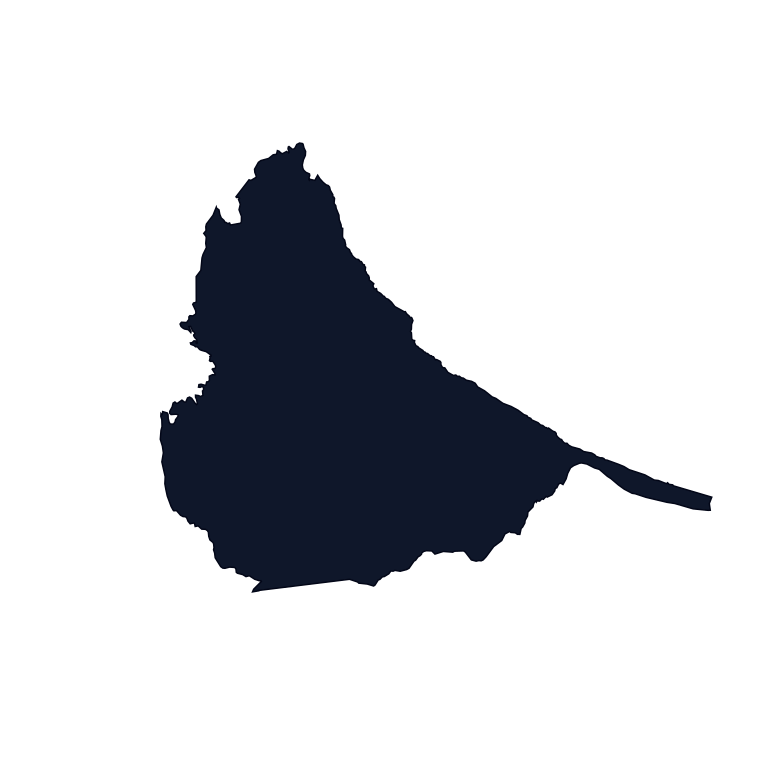 Ludewa, Njombe, United Republic of Tanzania, rotated 154°
{"feature_id": "72390352B43391507115191", "entity_name": "Ludewa", "entity_type": "district", "adm_level": 2, "iso_a3": "TZA", "parent_name": "United Republic of Tanzania", "parent_adm1": "Njombe", "projection": "natural_earth1", "projection_center": [34.61, -10.023], "detail": "fine", "context": "isolated", "style": "filled", "palette": "ink", "viewbox_px": 768, "rotation_deg": 154, "n_neighbors": 0, "source": "geoboundaries", "source_scale": "gbopen_adm2", "svg_char_len": 6171}
<svg xmlns="http://www.w3.org/2000/svg" viewBox="0 0 768 768"><g transform="rotate(154 384 384)"><path d="M139.0,138.6L168.6,165.7L168.7,166.8L171.7,168.8L172.4,170.9L173.3,170.5L174.8,171.6L179.7,177.0L183.2,179.2L189.3,187.9L201.3,199.6L204.5,204.6L208.5,209.1L217.0,217.9L218.5,218.7L219.1,220.7L220.4,222.1L222.1,222.9L225.1,226.0L225.6,227.9L227.6,230.9L234.2,235.8L236.5,239.7L242.8,245.2L244.8,248.0L245.5,250.5L247.6,251.5L248.6,254.4L248.7,256.2L250.0,257.5L251.2,260.5L251.5,262.5L250.9,264.2L251.3,265.9L253.0,267.7L255.4,272.3L256.6,272.2L257.0,273.5L258.1,274.1L259.5,277.1L261.3,278.6L262.5,281.7L266.9,286.9L267.2,288.8L269.3,291.2L269.4,292.8L271.7,295.2L274.9,301.5L279.6,308.1L285.6,314.5L289.8,322.1L292.4,324.9L296.6,333.8L301.1,340.3L301.7,344.7L304.1,348.0L308.4,351.4L310.1,354.5L311.7,355.6L312.9,358.0L314.6,358.6L315.5,360.6L317.9,361.3L321.5,366.5L322.3,371.9L323.6,372.6L324.3,373.9L324.3,376.6L323.4,378.5L323.6,379.8L326.0,382.9L327.2,383.2L327.6,386.8L328.9,387.6L328.9,388.5L330.4,389.6L331.4,392.2L333.1,393.7L333.1,394.6L334.3,395.7L334.3,397.0L336.9,401.3L337.2,402.8L338.5,404.4L338.5,408.0L337.4,409.6L338.9,410.8L339.3,412.3L336.9,418.0L337.2,419.7L335.4,421.2L333.1,425.5L330.2,428.3L330.0,431.2L330.2,431.8L331.5,432.1L331.4,433.6L332.9,437.3L333.1,439.7L334.1,440.0L340.3,448.8L341.4,454.2L343.0,458.2L345.0,460.4L345.3,462.6L346.0,463.0L347.3,466.9L349.6,470.3L349.0,473.0L350.8,473.4L351.0,474.0L351.0,477.0L349.2,478.6L351.7,484.1L350.7,485.9L350.4,487.9L351.3,490.9L351.0,492.7L351.4,493.8L349.4,497.1L349.9,498.2L349.4,499.7L350.4,500.4L350.7,503.9L351.7,504.6L352.3,507.0L354.4,508.6L355.9,512.1L356.3,514.7L356.0,515.6L356.5,516.9L356.2,519.9L357.8,522.8L358.3,525.2L357.5,525.7L356.3,530.6L357.0,532.8L356.6,534.8L352.9,542.0L353.9,543.0L352.8,545.9L352.2,551.4L350.5,555.5L350.0,562.8L349.2,565.4L349.7,568.2L347.1,572.5L347.2,574.1L348.0,574.6L347.0,576.6L347.3,581.7L346.6,584.9L347.1,586.8L348.8,588.5L350.4,592.2L351.7,596.8L352.1,600.7L356.9,597.3L361.0,600.6L361.4,600.3L361.3,600.8L361.8,600.7L361.6,599.8L361.9,600.4L361.6,601.1L361.0,600.9L361.0,602.3L359.4,603.8L358.9,605.5L361.4,608.5L362.4,611.2L362.4,613.5L361.4,616.7L358.2,620.8L354.5,623.9L352.5,627.4L352.4,631.4L351.6,635.1L351.9,635.9L354.3,637.6L357.4,637.5L360.6,635.1L362.5,634.7L363.5,635.3L365.3,639.1L366.1,639.0L367.2,637.4L367.6,633.9L368.4,633.5L369.6,635.7L374.3,635.5L375.5,637.0L376.3,639.3L377.5,640.5L379.9,637.6L383.1,638.6L388.8,637.3L396.7,638.8L399.7,638.3L406.2,633.8L407.3,630.9L407.7,626.7L408.6,625.8L414.3,625.3L415.8,626.7L435.0,617.1L434.6,616.1L432.8,615.7L432.5,614.3L433.8,613.9L434.3,608.6L437.9,604.2L438.6,597.2L441.1,592.3L442.4,591.4L452.3,594.2L452.2,596.4L454.1,596.7L455.5,598.9L456.3,599.1L456.1,601.1L457.5,604.6L457.2,608.5L456.0,612.9L457.4,615.5L457.2,616.5L463.7,610.6L473.5,605.6L475.2,603.5L476.7,599.9L480.0,598.4L479.3,594.8L479.6,593.5L482.6,588.5L483.8,584.5L489.8,579.8L492.3,577.1L498.8,566.4L505.7,562.9L516.3,541.0L517.2,539.8L519.7,540.3L521.0,539.4L521.1,532.8L521.7,530.7L522.7,529.4L526.0,529.0L528.5,530.5L529.9,529.9L531.0,527.6L534.5,525.8L539.0,528.3L541.0,527.3L541.2,524.8L540.5,522.9L539.3,521.0L536.1,518.6L535.1,514.9L534.5,515.6L534.2,521.2L532.6,520.6L532.7,515.5L531.8,513.7L531.9,512.1L533.5,511.6L533.9,510.8L533.7,508.5L532.8,505.8L533.7,502.7L534.4,502.4L534.9,503.0L534.5,505.3L535.9,506.1L538.3,505.3L540.0,505.8L540.2,504.3L537.8,501.8L537.1,500.1L535.4,499.2L534.6,495.9L533.5,494.5L529.6,491.0L526.8,485.7L527.3,484.9L528.5,485.1L528.7,483.9L530.6,481.5L530.2,480.5L527.9,479.5L527.3,475.1L527.6,473.3L529.2,471.9L530.9,472.8L531.9,472.6L531.3,467.0L532.0,466.3L534.1,467.6L537.6,467.6L539.4,463.7L541.0,463.1L542.5,463.6L544.5,461.2L545.3,461.2L548.5,464.0L550.6,464.6L552.1,462.5L550.8,461.6L548.6,461.5L547.7,459.9L549.0,457.6L550.2,457.3L551.7,453.2L554.2,453.1L555.9,455.0L558.3,456.6L559.2,454.7L559.2,452.4L560.4,447.9L561.4,447.6L562.2,449.4L563.1,455.5L564.5,457.5L566.7,457.6L570.0,454.7L571.1,454.9L572.7,458.1L578.1,457.2L579.0,457.6L579.8,459.5L581.9,459.3L584.4,456.3L588.5,453.4L589.4,451.7L588.8,449.9L583.9,447.9L582.7,446.6L583.1,445.3L587.0,443.3L588.3,441.6L590.7,440.2L593.6,441.6L593.9,443.7L593.1,447.5L591.5,451.2L591.5,453.0L595.0,456.2L596.8,453.7L597.3,453.9L597.5,455.0L598.8,452.7L599.3,449.4L602.2,443.0L604.8,440.0L609.3,432.4L610.4,425.3L612.5,418.8L617.8,411.4L621.3,396.6L624.7,390.4L626.3,384.8L627.9,378.3L629.0,367.3L628.8,363.0L628.5,362.2L626.0,361.2L624.4,355.3L622.8,353.0L620.5,351.6L620.0,349.7L620.3,346.7L619.5,343.3L616.3,342.6L615.4,341.8L616.2,338.7L613.2,337.9L611.5,333.5L608.1,331.6L607.0,329.7L606.8,327.9L608.3,323.9L608.8,320.2L607.2,316.6L607.2,315.1L608.5,311.5L609.9,309.7L610.3,306.4L611.9,301.8L610.8,291.4L609.6,289.2L607.8,288.1L603.0,287.1L598.5,284.5L598.2,282.5L599.3,279.5L598.7,278.2L594.5,274.6L592.5,271.4L589.1,270.7L585.8,265.2L582.3,261.8L580.7,261.1L580.7,260.3L591.1,256.7L593.3,254.8L587.4,253.1L587.4,253.5L500.6,223.6L494.5,217.6L494.0,216.1L486.7,211.5L481.9,207.0L480.3,207.2L475.1,210.4L473.3,210.2L470.0,211.4L468.1,210.8L462.9,211.3L459.9,212.9L457.6,211.7L455.9,211.7L451.5,208.6L445.0,207.3L442.3,207.4L434.8,211.6L432.8,211.8L429.2,213.7L426.7,213.9L424.9,214.6L424.0,215.7L421.7,216.1L419.0,215.6L414.2,213.0L412.8,208.8L404.1,207.5L395.9,202.7L393.9,202.8L385.6,199.1L384.6,197.3L382.6,187.6L378.9,184.4L376.1,183.7L374.2,182.5L372.1,182.4L368.1,183.9L356.7,189.8L346.8,191.7L341.0,196.2L335.7,196.4L335.1,195.0L331.2,192.7L330.0,190.4L327.8,189.3L324.1,194.0L322.1,194.7L318.4,197.3L317.0,199.5L312.9,202.4L310.8,205.8L304.0,208.2L301.8,211.0L299.9,212.0L298.9,212.2L298.8,211.1L297.4,212.2L297.0,211.4L295.4,210.5L292.5,211.6L291.3,210.5L287.6,211.9L286.9,210.8L281.5,210.8L277.5,213.0L275.9,215.0L274.1,215.0L271.0,217.5L268.8,217.6L267.2,215.2L261.9,218.9L258.0,223.2L253.1,226.9L249.2,227.5L243.0,227.1L241.0,226.4L236.7,223.1L231.6,216.3L227.9,212.9L223.7,203.1L221.5,199.5L217.6,190.6L214.2,184.2L208.9,177.0L206.4,175.3L198.2,167.3L181.5,153.6L175.0,149.1L160.9,136.3L148.1,128.4L146.1,127.5L144.0,134.0L139.0,138.6Z" fill="#0f172a" stroke="#020617" stroke-width="1.5"/></g></svg>